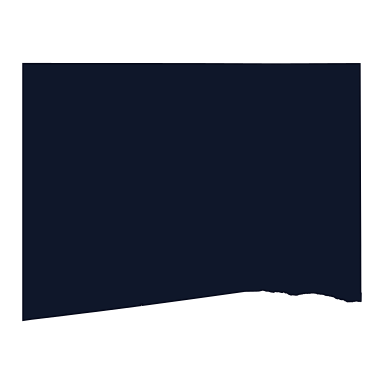 the district of Maralinga Tjarutja, South Australia, Australia
{"feature_id": "25037944B7661444660063", "entity_name": "Maralinga Tjarutja", "entity_type": "district", "adm_level": 2, "iso_a3": "AUS", "parent_name": "Australia", "parent_adm1": "South Australia", "projection": "mercator", "projection_center": [132.165, -29.44], "detail": "fine", "context": "isolated", "style": "filled", "palette": "ink", "viewbox_px": 384, "rotation_deg": 0, "n_neighbors": 0, "source": "geoboundaries", "source_scale": "gbopen_adm2", "svg_char_len": 2947}
<svg xmlns="http://www.w3.org/2000/svg" viewBox="0 0 384 384"><path d="M23.0,63.7L23.0,151.8L23.0,275.4L23.0,320.3L31.0,319.1L65.9,314.9L65.8,314.4L66.5,314.3L66.6,314.8L84.2,312.6L97.5,311.0L140.7,305.4L140.5,304.4L141.4,304.2L142.4,304.1L142.5,305.2L190.4,298.7L217.0,295.0L234.2,292.6L234.3,292.6L243.5,291.3L244.7,291.1L256.8,290.9L259.0,290.8L262.8,289.9L263.1,289.9L263.3,290.0L263.6,290.1L265.0,290.4L265.8,290.8L266.6,290.9L266.8,291.0L267.0,291.0L267.5,290.9L267.9,290.9L268.1,290.9L268.3,290.9L268.5,290.9L268.7,291.0L269.0,291.1L269.3,291.2L269.5,291.2L269.8,291.3L270.1,291.4L270.4,291.5L270.9,291.7L271.7,291.7L272.0,291.9L272.4,291.9L272.7,291.8L273.0,291.9L273.2,292.0L273.7,292.1L273.8,292.0L274.0,291.9L274.4,291.7L274.6,291.6L274.8,291.5L275.2,291.3L275.5,291.2L275.8,291.3L276.3,291.5L276.9,291.4L277.2,291.6L277.4,291.6L277.7,291.5L278.0,291.3L278.4,291.4L281.4,292.2L282.2,292.3L282.3,292.3L282.6,292.2L283.0,291.9L283.4,291.8L283.8,291.7L284.1,291.8L285.0,292.3L285.1,292.5L285.4,292.7L285.6,292.7L285.9,292.6L286.3,292.5L286.7,292.7L287.0,292.9L287.4,293.0L288.2,293.5L288.4,293.7L289.1,294.2L290.3,294.5L290.8,294.8L291.0,294.8L291.6,294.8L292.0,294.5L292.5,294.6L292.9,294.5L293.2,294.5L293.4,294.6L293.6,294.7L293.9,294.7L294.3,294.8L295.0,294.8L295.3,294.9L295.8,295.0L296.2,295.0L296.4,294.9L296.6,294.8L296.9,294.9L297.4,294.8L297.6,294.8L297.8,294.7L298.0,294.5L298.3,294.3L298.6,294.2L299.1,294.1L299.3,294.1L300.1,294.0L300.4,294.0L301.1,293.9L301.4,293.7L301.8,293.7L302.1,293.7L302.4,293.7L302.8,293.4L303.1,293.3L303.4,293.3L304.1,293.4L306.0,293.0L307.1,293.2L308.9,293.0L309.9,293.1L310.0,293.1L310.9,292.7L311.3,292.8L311.7,292.7L312.5,292.8L313.0,292.7L316.5,293.1L317.6,293.7L318.2,293.6L319.5,293.7L320.0,293.9L320.3,294.0L320.6,294.0L320.8,293.9L321.2,293.8L321.6,294.0L321.8,294.0L322.1,294.1L322.4,294.0L323.1,294.1L324.2,294.4L324.9,294.8L325.5,295.1L326.4,295.1L326.8,295.3L327.6,295.3L328.0,295.4L328.4,295.3L329.3,295.6L329.6,295.8L329.9,295.8L330.2,295.9L330.7,295.8L331.6,296.1L331.7,295.7L332.2,295.9L332.1,296.2L332.2,296.3L333.0,296.4L334.3,296.8L334.7,297.2L335.3,297.5L335.6,297.9L335.7,298.0L335.8,298.0L336.3,298.1L336.5,298.2L336.8,298.4L337.2,298.5L337.5,298.6L337.8,298.6L338.1,298.4L338.9,298.4L339.8,298.9L340.2,299.2L340.6,299.3L340.8,299.3L341.2,299.3L341.5,299.4L341.7,299.5L341.8,299.5L342.0,299.4L342.3,299.2L342.6,299.3L343.0,299.5L344.0,299.6L344.3,299.7L344.5,299.9L344.8,300.1L345.0,300.5L345.3,300.6L345.8,300.6L346.6,301.1L346.8,301.3L347.4,301.6L347.6,301.6L348.5,301.4L349.0,301.6L350.0,301.4L350.6,301.5L351.0,301.4L351.9,301.5L352.6,301.5L353.3,301.1L354.2,301.1L354.7,301.1L355.5,300.9L356.0,300.7L356.4,300.7L356.6,300.8L356.9,300.8L357.4,301.0L357.9,300.9L358.6,301.2L360.4,301.1L360.8,301.3L360.9,301.2L361.0,293.2L360.6,293.1L360.5,253.0L360.5,245.5L360.3,192.4L359.9,63.8L276.2,64.1L191.7,63.8L23.0,63.7Z" fill="#0f172a" stroke="#020617" stroke-width="1.5"/></svg>